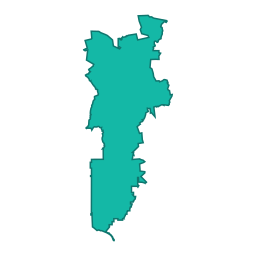 Cajeme, Sonora, Mexico
{"feature_id": "50627088B55072426150825", "entity_name": "Cajeme", "entity_type": "district", "adm_level": 2, "iso_a3": "MEX", "parent_name": "Mexico", "parent_adm1": "Sonora", "projection": "orthographic", "projection_center": [-109.903, 27.712], "detail": "fine", "context": "isolated", "style": "filled", "palette": "teal", "viewbox_px": 256, "rotation_deg": 0, "n_neighbors": 0, "source": "geoboundaries", "source_scale": "gbopen_adm2", "svg_char_len": 5691}
<svg xmlns="http://www.w3.org/2000/svg" viewBox="0 0 256 256"><path d="M146.5,182.2L140.9,176.5L144.8,172.9L144.8,171.7L140.1,171.1L139.6,164.0L143.6,162.5L144.8,161.7L143.1,160.2L140.0,159.3L139.8,158.9L132.2,159.5L133.1,154.7L133.8,155.1L133.3,153.2L133.6,152.6L133.2,152.3L132.6,152.3L138.5,146.5L138.2,143.5L143.2,142.7L142.3,139.6L141.8,132.9L139.5,133.4L137.1,126.7L138.0,125.9L139.3,124.9L139.4,124.7L140.3,124.2L139.6,123.0L140.9,122.0L142.1,121.7L142.7,120.9L143.1,120.7L142.2,119.8L143.9,119.1L144.1,118.9L144.3,118.1L144.6,117.9L145.6,114.7L145.7,113.4L145.9,112.8L147.6,111.8L148.2,111.5L148.3,111.3L148.2,110.9L147.8,110.7L147.8,110.4L147.6,110.1L147.5,109.8L147.5,109.6L147.4,109.1L147.6,108.6L147.4,108.5L147.4,108.2L149.2,108.7L149.8,108.4L150.0,108.9L150.3,109.0L150.4,113.1L151.4,112.7L153.2,114.7L155.0,116.8L153.8,107.1L155.7,106.4L156.3,106.6L156.5,106.9L157.0,106.7L157.2,106.4L157.3,106.5L158.1,106.7L158.8,106.4L159.3,105.8L160.4,105.5L161.5,104.8L162.1,104.7L162.8,105.0L163.0,104.8L164.1,105.5L164.2,105.3L164.2,104.8L168.3,105.4L169.2,104.5L169.2,103.3L169.8,102.2L169.3,100.7L171.9,96.1L172.2,94.5L170.3,94.8L169.5,90.6L169.0,90.6L168.7,90.2L167.9,89.6L167.6,88.7L168.9,85.2L168.4,85.0L167.3,83.0L168.0,82.8L167.0,80.2L164.8,79.6L164.0,79.6L162.3,80.9L159.6,81.8L159.1,80.8L156.1,81.0L153.7,76.8L153.2,73.3L152.0,69.2L151.7,68.7L150.0,67.6L150.7,59.5L155.5,59.3L159.0,59.4L158.8,56.0L160.6,53.2L158.9,52.7L158.9,50.7L153.1,50.6L153.1,50.3L153.1,49.4L153.6,48.6L153.5,48.1L153.2,47.4L153.2,47.0L153.9,46.5L154.7,46.5L155.0,46.1L155.0,45.5L155.2,45.3L155.2,45.2L154.4,44.6L154.3,44.0L154.3,41.9L154.7,41.3L155.1,41.1L155.9,41.2L157.1,42.3L157.3,42.3L157.6,42.0L158.1,41.8L158.2,41.5L158.0,41.0L158.7,40.0L160.0,39.0L160.7,39.0L160.9,38.8L161.1,38.3L161.0,37.6L161.3,36.5L161.7,35.2L162.1,34.6L162.3,33.2L162.2,32.2L162.3,31.7L162.8,30.9L162.6,30.4L162.6,30.0L162.2,28.8L162.3,28.0L161.6,27.1L161.3,27.0L160.9,27.0L160.7,26.4L161.2,25.5L161.2,25.0L161.7,24.3L161.8,23.9L162.7,23.3L163.1,22.7L163.7,22.0L165.1,21.8L166.1,22.4L167.0,21.3L166.8,20.7L154.0,18.2L153.1,17.9L152.8,17.6L151.7,16.9L149.5,16.9L148.2,15.4L138.2,15.8L139.2,21.1L141.5,27.2L140.3,29.6L141.7,33.7L148.1,35.5L148.8,37.4L137.7,39.9L136.2,34.0L128.2,35.3L127.5,35.9L126.8,35.7L126.3,36.3L125.9,36.3L125.8,36.8L125.3,36.8L123.2,37.3L122.7,36.8L122.4,37.3L122.0,37.6L121.8,38.1L121.4,38.2L121.4,38.5L121.9,38.5L121.9,39.2L121.6,39.7L121.1,39.4L121.0,39.8L120.4,39.8L120.1,39.3L120.5,39.0L119.7,38.4L118.2,38.6L118.2,47.2L118.4,47.5L119.4,46.8L120.6,47.7L119.6,48.9L119.3,48.8L113.4,46.0L112.5,39.9L107.4,35.5L105.5,34.6L100.8,32.7L98.8,31.4L91.2,31.2L91.8,38.5L91.3,39.0L85.1,40.5L87.3,48.1L83.8,49.7L84.0,50.1L84.3,50.0L85.1,50.8L87.7,50.0L86.5,60.1L93.8,64.3L93.3,65.1L93.2,66.1L92.6,66.4L90.4,68.3L89.3,68.9L88.7,69.6L89.2,70.7L90.3,71.6L89.8,71.9L89.9,72.1L89.3,72.6L89.0,72.7L88.6,73.9L87.3,74.0L85.5,75.1L85.7,75.8L86.2,76.3L87.7,77.2L89.1,79.1L89.5,80.6L90.4,81.1L90.7,81.2L90.8,81.1L90.8,81.6L91.7,82.5L92.0,83.3L92.4,83.7L92.9,84.7L93.6,85.3L94.0,86.1L94.5,86.3L95.1,87.4L95.7,88.0L95.7,88.3L95.5,88.6L95.5,88.8L96.1,89.4L97.2,89.4L97.6,89.7L97.6,89.9L97.5,90.6L97.7,91.5L97.6,91.8L97.8,92.1L98.0,92.8L98.2,93.1L98.4,93.7L98.1,94.0L98.3,94.6L98.0,95.1L94.9,96.3L94.5,96.6L94.5,98.3L94.8,98.8L94.8,99.2L93.7,100.3L93.1,101.2L93.0,102.2L92.6,103.3L92.7,103.9L91.7,105.3L91.8,106.8L91.0,108.3L90.4,111.4L90.5,112.0L90.3,112.6L90.5,113.1L90.3,113.5L91.1,114.7L91.0,114.9L90.2,115.1L90.2,115.6L90.5,116.3L90.2,116.8L90.4,117.3L90.1,117.5L90.4,118.8L90.3,119.1L89.4,119.6L89.0,120.3L88.7,124.4L88.7,124.9L88.0,126.0L87.9,126.5L87.6,126.9L86.5,127.3L86.1,127.8L86.1,128.2L86.5,128.5L87.2,128.0L87.5,128.2L90.8,128.2L91.6,129.3L91.8,130.1L93.4,127.5L94.5,126.7L95.7,127.0L96.2,126.9L96.8,127.0L97.8,126.5L98.5,126.4L99.1,126.6L99.8,127.5L100.6,127.6L101.5,127.5L101.3,127.9L101.3,128.8L102.0,130.1L102.1,131.1L102.6,131.1L102.9,130.9L102.8,131.5L103.4,132.3L103.4,132.6L102.3,133.8L102.9,135.0L102.6,136.8L102.4,137.2L102.1,138.0L102.2,139.9L102.6,140.5L102.7,141.7L103.9,143.1L104.2,143.4L104.0,143.6L104.4,144.6L104.3,145.1L104.1,145.3L104.1,145.5L104.5,146.2L104.4,146.4L104.5,146.4L104.2,146.9L103.9,147.7L102.8,148.4L102.6,148.7L103.3,148.5L103.3,148.8L103.2,148.7L103.2,149.3L103.3,159.3L91.5,159.4L91.5,162.3L90.3,162.3L90.3,168.0L91.5,168.2L91.5,175.7L90.6,175.7L90.6,176.4L91.5,176.4L91.4,212.8L92.0,212.8L92.0,213.9L91.1,213.8L91.1,214.0L90.9,214.0L90.9,215.0L92.0,215.0L92.5,226.9L93.7,227.7L97.0,230.5L98.8,229.9L98.9,230.1L99.9,230.4L100.4,230.7L101.8,230.7L107.0,232.9L109.4,234.3L110.6,235.2L111.8,236.6L112.4,237.8L113.2,240.0L113.7,240.6L114.1,240.6L114.2,239.9L113.8,239.4L113.5,238.8L112.9,238.0L112.6,237.0L110.9,234.8L110.4,234.5L109.9,234.0L109.4,233.7L109.2,233.1L108.2,232.9L107.2,232.5L106.1,231.8L105.9,231.4L109.4,227.1L109.5,226.7L109.4,226.6L109.4,226.3L109.2,226.3L109.2,224.7L112.1,224.7L112.1,221.7L113.9,221.7L113.8,218.7L117.9,218.7L117.9,220.1L122.6,220.1L122.6,218.7L124.0,218.7L123.7,218.1L124.6,216.9L124.7,216.3L125.3,215.6L125.4,214.8L125.6,214.2L126.9,214.2L126.9,212.0L127.9,211.0L127.8,210.8L129.8,210.8L129.8,208.6L130.1,208.3L130.1,207.5L130.4,206.9L131.3,206.9L131.3,205.7L131.5,205.5L132.0,204.7L132.0,203.9L130.5,203.9L130.5,202.1L133.2,202.0L133.6,201.4L133.4,200.9L133.5,200.6L134.3,200.0L134.7,199.3L135.2,199.0L135.6,196.5L135.2,196.5L135.1,197.1L134.7,197.1L132.8,195.0L133.5,195.0L133.5,192.4L131.5,192.4L131.5,186.3L137.3,186.3L137.9,187.1L138.8,185.6L137.7,184.6L137.6,177.5L138.5,177.5L138.6,182.1L142.4,182.3L143.2,182.6L144.8,183.0L145.1,183.3L145.3,182.9L146.3,182.5L146.5,182.2Z" fill="#14b8a6" stroke="#0f766e" stroke-width="1.5"/></svg>